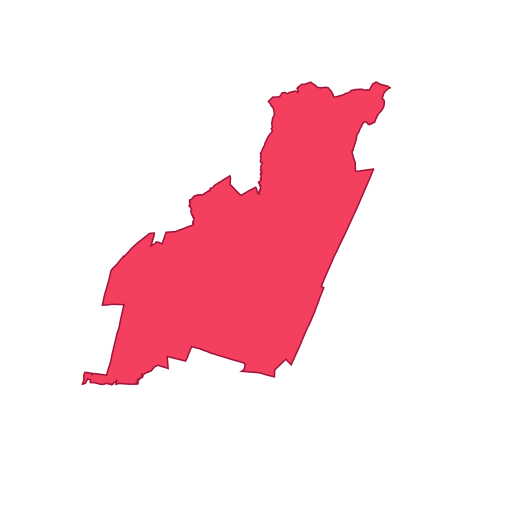 Brusturi, Neamt, Romania (Natural Earth projection), rotated 136°
{"feature_id": "2599482B56191304093915", "entity_name": "Brusturi", "entity_type": "district", "adm_level": 2, "iso_a3": "ROU", "parent_name": "Romania", "parent_adm1": "Neamt", "projection": "natural_earth1", "projection_center": [26.327, 47.289], "detail": "fine", "context": "isolated", "style": "filled", "palette": "rose", "viewbox_px": 512, "rotation_deg": 136, "n_neighbors": 0, "source": "geoboundaries", "source_scale": "gbopen_adm2", "svg_char_len": 6045}
<svg xmlns="http://www.w3.org/2000/svg" viewBox="0 0 512 512"><g transform="rotate(136 256 256)"><path d="M326.7,156.2L322.4,160.4L321.5,161.0L306.3,161.0L306.3,153.3L287.5,160.7L275.0,166.1L268.1,168.9L265.4,169.7L253.4,174.7L248.6,177.1L243.0,179.6L238.3,182.1L229.2,186.1L230.3,188.7L222.0,192.4L198.4,202.1L194.4,203.3L192.5,204.2L177.3,209.8L149.3,220.7L117.2,234.1L114.9,235.3L111.1,236.7L111.1,237.0L111.5,237.3L122.4,245.2L123.3,245.6L125.1,247.6L125.4,248.1L124.0,249.5L121.5,252.5L119.9,253.9L117.2,259.8L114.5,264.4L112.6,264.6L111.2,265.8L109.0,266.9L108.1,267.2L107.3,267.8L103.0,270.1L101.8,271.0L100.4,272.3L99.6,272.8L96.4,273.6L92.4,275.4L90.0,276.1L87.5,277.1L85.8,277.2L84.4,276.8L84.1,276.5L83.6,275.2L83.6,273.8L83.8,273.0L83.2,271.6L81.5,271.3L81.0,270.7L79.2,270.5L78.5,269.9L77.7,269.8L74.5,271.4L72.8,271.8L71.0,273.1L70.1,272.8L68.2,273.3L65.5,273.3L60.6,274.5L57.5,276.7L55.8,278.8L55.6,280.0L55.7,280.9L55.5,282.0L54.3,282.4L51.0,284.3L50.0,284.3L48.1,284.7L45.7,284.6L44.2,284.4L42.0,283.5L42.7,284.0L43.0,284.6L43.2,286.5L46.4,291.8L47.1,292.7L47.5,294.1L48.0,294.7L48.0,296.3L48.9,297.8L52.6,298.7L59.2,296.7L60.6,298.4L62.4,299.6L63.8,301.7L63.6,301.9L65.6,304.0L66.8,304.8L68.4,306.4L71.3,308.1L72.1,308.8L72.9,309.1L73.2,308.8L74.0,308.6L76.0,309.4L77.1,309.6L78.8,310.8L81.7,311.4L83.3,312.5L84.9,313.2L86.2,314.1L86.9,314.3L88.9,315.4L89.3,316.4L89.2,317.2L88.1,319.4L88.2,319.8L87.9,320.3L87.8,321.0L87.3,322.7L87.4,326.1L87.1,327.0L89.4,329.6L92.5,331.8L92.9,332.6L93.7,333.3L94.7,335.1L94.8,336.0L94.7,338.3L95.4,339.9L95.8,343.0L96.3,343.3L98.1,343.9L98.5,344.4L99.5,344.7L102.1,346.0L103.9,347.8L107.2,348.0L107.9,348.3L110.0,348.1L110.9,345.5L112.0,344.4L112.7,346.7L114.0,347.9L118.8,350.7L119.6,350.5L120.3,350.9L120.9,351.5L121.3,352.8L121.9,353.9L123.3,354.9L123.9,355.1L125.0,355.1L126.3,354.4L128.0,354.3L130.3,355.6L133.6,358.7L135.9,358.5L139.7,358.6L139.9,355.6L140.2,354.5L140.8,353.8L140.6,351.1L141.7,348.9L144.6,344.7L147.5,343.9L148.9,343.2L150.8,341.5L151.8,341.2L152.5,340.5L155.1,337.1L156.6,336.9L157.5,334.3L162.5,333.8L165.2,333.1L170.9,331.0L172.8,329.8L177.6,328.2L179.2,327.2L180.3,326.9L181.3,326.9L181.7,326.7L182.2,324.9L183.0,324.7L183.6,324.3L184.0,323.9L184.6,322.6L186.3,321.7L187.4,320.7L187.7,319.8L186.7,319.1L186.8,318.6L188.7,317.5L189.4,317.5L190.3,317.2L191.8,315.3L192.9,314.8L193.1,313.6L193.6,313.6L193.7,313.0L194.2,312.3L194.2,312.1L193.8,311.8L193.9,311.6L195.4,311.3L195.5,312.0L196.0,312.0L196.1,311.5L195.9,311.0L196.5,310.5L196.7,310.0L198.1,308.7L198.9,308.9L199.1,308.7L198.9,307.7L199.1,307.2L199.9,307.0L200.8,307.2L201.6,306.7L202.9,307.4L203.0,307.0L202.4,306.4L203.5,306.1L203.6,304.9L204.1,304.6L204.2,304.3L204.2,304.1L203.7,303.7L204.4,303.3L204.1,303.0L206.0,301.4L207.2,301.1L207.2,300.2L207.5,300.0L208.3,299.9L209.0,300.3L209.2,299.8L209.9,299.3L210.4,298.4L210.9,298.8L211.1,299.3L210.9,300.7L209.2,303.4L208.5,305.2L208.4,305.7L214.9,307.6L224.1,309.9L224.7,310.2L224.8,310.5L224.9,316.0L224.8,325.8L224.7,326.0L223.4,326.8L220.4,329.6L219.8,330.3L219.1,331.8L227.5,333.7L230.2,334.1L230.6,334.0L231.3,334.6L233.7,334.9L235.2,335.4L236.9,335.6L239.7,335.2L241.4,336.0L241.6,336.3L242.0,336.5L242.3,336.4L242.8,335.7L243.8,335.0L244.4,335.6L245.1,335.6L245.2,335.9L245.8,335.7L246.0,336.1L247.7,336.2L248.8,336.7L250.6,336.7L251.1,337.2L252.3,337.2L253.6,338.7L253.5,339.0L254.2,339.5L255.1,339.9L255.8,340.6L256.0,340.5L256.1,340.8L257.4,341.4L257.9,341.5L258.5,341.9L259.8,342.2L260.8,341.6L261.6,341.9L262.6,341.6L263.4,341.7L264.3,342.3L264.8,342.4L265.2,342.2L265.2,341.5L266.0,341.3L266.4,340.9L266.2,340.2L266.7,340.2L266.9,339.8L269.3,338.5L269.6,338.1L269.6,337.9L269.2,337.7L268.6,338.0L268.5,337.8L268.6,337.5L269.3,336.8L269.6,335.0L269.9,334.3L270.8,334.2L272.0,333.2L272.2,332.5L272.7,332.0L272.9,331.2L273.4,330.8L273.6,329.7L273.2,329.3L273.7,328.7L273.7,327.9L274.5,327.7L274.4,327.4L274.5,327.1L274.2,326.4L275.0,325.5L276.7,324.7L277.1,324.8L277.6,324.5L277.8,324.1L278.8,323.6L278.4,322.8L278.6,322.4L279.2,322.5L279.7,322.2L280.1,322.2L282.5,323.2L283.5,323.9L290.4,326.6L292.8,327.8L296.7,329.3L304.2,335.5L315.2,329.9L316.0,332.7L316.8,333.5L317.2,334.4L317.8,335.4L318.8,335.2L321.0,335.3L322.2,335.8L324.6,336.2L315.5,341.3L313.2,343.1L315.5,345.2L317.3,346.2L333.4,347.8L340.8,347.9L345.0,347.5L350.9,347.3L351.4,347.4L351.9,348.0L352.2,347.2L354.8,347.6L359.7,347.0L361.3,346.7L367.5,346.6L370.0,346.3L370.8,346.0L377.3,341.7L386.1,336.5L391.5,333.5L400.7,327.4L395.8,323.1L395.5,323.1L392.8,321.0L384.8,312.7L396.9,304.8L404.6,299.4L410.6,296.4L410.6,296.2L427.6,285.4L433.9,281.0L436.0,279.8L442.5,276.4L446.2,274.1L454.2,284.1L456.4,284.8L455.4,285.4L459.7,291.1L461.8,290.4L462.4,289.9L463.1,289.4L465.6,286.7L466.8,285.9L469.9,284.5L470.0,284.4L469.7,284.2L467.0,282.9L462.7,284.5L460.9,281.9L462.3,281.0L463.1,279.9L462.7,279.7L460.2,277.0L458.9,275.0L457.3,272.1L454.8,269.5L453.0,268.7L451.4,267.5L450.6,265.6L449.2,264.8L449.2,264.4L449.5,263.8L449.0,263.4L447.4,263.2L446.6,263.7L444.4,262.6L442.7,263.6L442.5,263.3L445.9,261.1L443.8,259.8L442.5,258.8L436.5,252.2L431.8,247.6L431.1,247.8L430.4,247.5L430.3,247.2L430.7,246.5L430.4,246.1L428.9,246.4L429.2,247.1L428.5,247.3L428.8,247.7L428.6,248.1L428.6,248.3L428.3,248.5L427.8,248.4L427.5,249.0L426.4,248.1L426.0,248.2L425.9,248.8L425.6,248.3L425.2,248.3L425.3,248.8L425.2,248.9L424.6,249.0L423.7,248.2L422.7,248.5L422.6,248.4L422.7,248.0L422.5,247.8L421.6,247.7L420.9,248.1L420.9,248.3L421.6,248.8L421.5,249.3L420.2,248.7L419.8,249.0L419.7,249.6L419.3,248.8L417.9,248.7L416.5,248.4L416.0,248.0L414.6,247.8L414.2,247.2L412.2,246.8L411.4,246.2L407.2,246.5L406.2,246.9L402.4,245.4L397.3,236.1L389.7,245.4L379.6,229.3L377.9,230.0L376.7,230.3L374.0,231.7L365.3,235.5L361.2,228.9L360.7,228.5L360.7,227.7L356.4,218.9L356.6,218.8L345.6,198.9L338.8,187.1L339.2,186.8L339.2,185.7L338.8,185.2L339.9,184.8L342.3,183.5L342.8,183.2L343.2,182.6L344.8,182.7L346.5,183.1L334.6,169.6L331.0,163.1L326.7,156.2Z" fill="#f43f5e" stroke="#9f1239" stroke-width="1.5"/></g></svg>